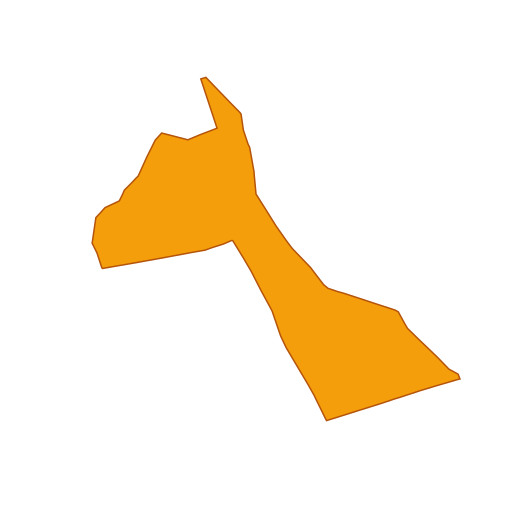 Bayangol, Ulaanbaatar, Mongolia (Albers equal-area conic projection), rotated 250°
{"feature_id": "93677404B56181077288727", "entity_name": "Bayangol", "entity_type": "district", "adm_level": 2, "iso_a3": "MNG", "parent_name": "Mongolia", "parent_adm1": "Ulaanbaatar", "projection": "albers", "projection_center": [106.848, 47.91], "detail": "fine", "context": "isolated", "style": "filled", "palette": "amber", "viewbox_px": 512, "rotation_deg": 250, "n_neighbors": 0, "source": "geoboundaries", "source_scale": "gbopen_adm2", "svg_char_len": 1225}
<svg xmlns="http://www.w3.org/2000/svg" viewBox="0 0 512 512"><g transform="rotate(250 256 256)"><path d="M388.5,231.7L397.4,218.8L403.8,209.4L399.4,201.0L397.5,199.0L386.4,187.3L371.4,172.6L370.3,170.1L367.1,163.8L362.9,154.8L360.6,152.7L354.6,146.5L354.4,145.2L353.1,130.7L350.0,124.9L346.9,118.7L334.1,111.8L324.8,106.8L324.3,106.4L313.2,107.6L298.2,107.1L296.8,107.4L295.2,116.4L290.3,143.7L285.5,171.6L281.4,196.3L278.9,210.2L278.9,217.4L278.4,229.8L278.9,238.3L278.4,239.4L259.2,243.3L243.5,246.2L221.9,248.9L199.0,252.3L172.4,251.8L159.5,253.0L152.1,254.4L140.3,256.6L117.1,261.0L105.5,262.9L100.5,263.4L79.2,265.7L77.2,266.0L76.7,276.7L75.8,297.9L74.6,324.4L74.3,337.2L74.0,342.0L73.3,364.2L72.5,379.1L71.0,402.5L70.7,405.6L75.8,405.5L83.7,398.6L99.1,391.7L121.6,380.6L134.3,374.5L136.2,373.6L141.6,372.6L154.9,370.6L157.6,368.2L169.9,352.5L190.7,326.1L194.7,320.5L201.0,312.6L206.0,309.7L220.7,305.1L226.3,303.4L250.7,292.6L259.6,289.9L277.3,285.1L298.6,280.6L314.2,277.2L332.2,281.9L336.1,283.0L348.7,285.2L360.3,287.2L363.9,286.8L378.7,287.2L394.4,290.5L396.0,290.1L408.3,284.5L429.2,275.2L441.0,270.0L441.3,264.7L389.4,263.1L389.1,245.0L388.5,231.7Z" fill="#f59e0b" stroke="#b45309" stroke-width="1.5"/></g></svg>